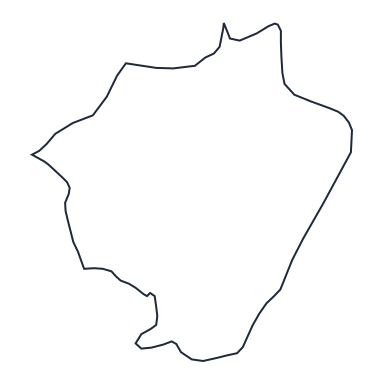 Bau, Sarawak, Malaysia
{"feature_id": "92858781B57032807608954", "entity_name": "Bau", "entity_type": "district", "adm_level": 2, "iso_a3": "MYS", "parent_name": "Malaysia", "parent_adm1": "Sarawak", "projection": "orthographic", "projection_center": [110.089, 1.382], "detail": "fine", "context": "isolated", "style": "outline", "palette": "slate", "viewbox_px": 384, "rotation_deg": 0, "n_neighbors": 0, "source": "geoboundaries", "source_scale": "gbopen_adm2", "svg_char_len": 1161}
<svg xmlns="http://www.w3.org/2000/svg" viewBox="0 0 384 384"><path d="M39.3,150.8L32.0,154.7L44.5,161.6L48.6,164.7L55.3,170.9L62.0,177.1L67.1,182.2L69.7,187.9L68.7,194.1L65.1,202.8L65.6,211.1L68.2,221.9L70.7,231.7L73.3,242.0L78.0,251.8L84.1,268.8L94.4,268.2L102.7,268.8L111.4,271.3L116.1,276.5L120.7,280.6L128.9,283.7L135.6,287.8L143.4,294.0L147.0,296.1L150.1,293.0L154.7,296.1L156.2,306.9L157.3,316.1L156.2,324.9L150.6,329.0L141.3,334.2L135.6,343.4L141.3,348.6L151.6,347.6L163.5,344.5L171.7,341.4L176.3,344.0L181.0,352.2L191.8,359.4L203.1,361.0L217.0,357.9L227.3,355.3L237.1,353.2L237.6,352.7L242.8,347.1L252.6,325.4L259.3,313.6L266.5,303.3L274.7,295.5L280.4,289.4L292.2,260.0L303.0,238.9L323.6,202.8L350.9,152.3L352.0,130.2L348.9,122.5L343.7,115.8L338.1,111.7L329.3,108.1L310.8,101.4L294.3,94.7L284.5,83.9L282.4,73.0L281.4,56.6L280.9,43.2L280.9,30.8L277.8,24.6L274.7,23.6L268.5,26.2L256.7,33.4L239.7,40.6L229.9,38.5L228.4,34.4L223.8,23.0L223.2,28.7L219.6,46.8L213.9,53.5L205.2,57.6L194.9,65.8L173.2,68.4L156.3,67.9L125.9,63.3L117.1,75.6L106.8,96.7L92.9,115.3L72.8,123.0L55.3,133.8L46.5,144.1L39.3,150.8Z" fill="none" stroke="#1e293b" stroke-width="2"/></svg>